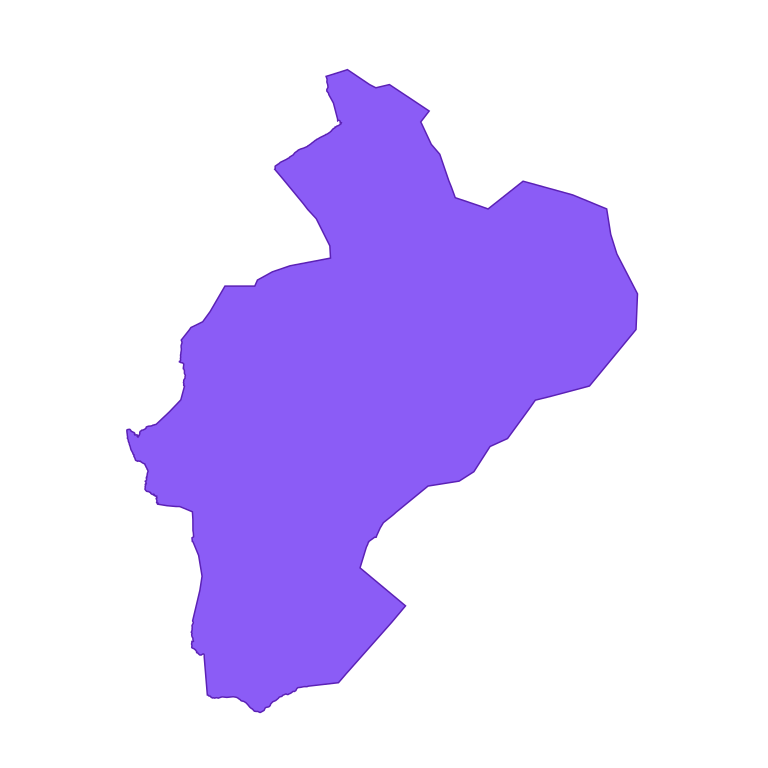 outline of Lom nor, Oppland, Norway, rotated 175°
{"feature_id": "86288312B15503490624265", "entity_name": "Lom nor", "entity_type": "district", "adm_level": 2, "iso_a3": "NOR", "parent_name": "Norway", "parent_adm1": "Oppland", "projection": "albers", "projection_center": [8.842, 61.714], "detail": "fine", "context": "isolated", "style": "filled", "palette": "violet", "viewbox_px": 768, "rotation_deg": 175, "n_neighbors": 0, "source": "geoboundaries", "source_scale": "gbopen_adm2", "svg_char_len": 6055}
<svg xmlns="http://www.w3.org/2000/svg" viewBox="0 0 768 768"><g transform="rotate(175 384 384)"><path d="M128.2,416.3L123.6,451.7L140.7,493.3L145.1,513.3L146.9,539.0L179.5,555.9L227.8,573.9L265.1,549.3L273.5,553.2L296.8,563.4L299.7,574.3L301.7,580.8L308.4,608.0L316.0,618.6L324.0,640.5L324.6,641.8L315.2,652.0L352.5,681.8L366.3,679.8L372.2,683.5L393.1,700.4L394.0,700.1L414.9,695.5L414.2,692.8L414.2,692.2L414.6,689.8L414.0,687.1L413.9,684.4L415.0,682.8L415.3,682.3L415.4,681.1L415.4,680.7L414.0,678.7L413.8,677.4L413.7,676.9L409.9,668.3L407.1,651.7L407.2,651.2L407.2,650.3L406.6,650.7L405.3,650.3L404.8,649.4L404.6,648.5L404.8,648.2L404.3,648.2L403.7,648.0L404.3,646.8L406.7,645.5L408.8,644.9L409.9,644.0L410.2,644.2L410.3,643.8L411.4,643.1L412.4,642.8L412.6,642.3L414.1,641.2L414.4,640.6L415.4,640.0L416.2,639.3L417.4,638.8L417.7,638.5L419.7,637.6L420.3,637.6L420.4,637.4L420.7,637.2L426.2,635.1L428.6,633.9L429.7,633.6L430.6,632.9L431.4,632.6L433.2,631.3L434.5,630.6L435.7,629.7L438.4,628.1L438.9,628.0L439.7,627.3L443.6,626.0L446.5,625.4L449.1,624.5L449.7,623.9L452.6,622.2L454.6,620.1L458.2,618.3L458.9,617.5L460.1,617.1L461.8,616.2L467.9,613.9L469.7,612.5L470.3,612.3L473.4,610.5L473.6,609.6L473.5,608.7L473.6,608.0L474.2,607.5L468.1,598.9L448.7,570.7L444.7,564.4L437.1,554.6L425.9,526.3L426.3,514.1L467.1,510.0L485.4,505.5L501.0,498.6L504.2,492.8L533.9,495.4L550.9,471.3L559.2,461.8L571.4,457.1L573.4,454.7L582.2,445.4L581.6,443.5L581.7,442.5L582.8,439.9L582.9,437.8L582.8,436.8L583.0,435.2L583.6,433.0L583.8,431.5L584.1,430.9L584.2,430.4L584.2,428.3L584.5,427.6L584.6,427.2L584.5,426.6L584.6,425.2L584.7,424.8L585.8,424.4L585.9,423.9L584.3,422.9L582.9,422.7L581.7,421.3L582.0,420.0L582.0,419.6L582.3,418.6L582.2,418.2L582.5,417.8L582.4,417.4L582.6,416.8L582.3,416.7L582.0,415.9L581.6,414.5L581.8,413.4L581.8,413.1L581.9,412.2L581.8,411.6L581.1,410.0L581.6,408.5L581.7,407.1L582.7,406.0L583.2,405.2L583.3,403.9L583.7,402.8L583.3,401.6L583.3,401.3L583.6,400.9L583.7,400.4L583.6,399.9L582.9,399.3L587.8,385.9L600.3,374.9L614.6,363.6L615.9,363.5L616.9,363.1L617.5,363.3L618.2,362.9L619.5,362.5L622.3,362.5L624.0,362.1L624.7,361.7L624.8,361.4L624.9,360.8L625.6,360.2L627.9,359.2L629.4,359.1L630.0,358.5L630.8,358.2L631.5,357.3L631.6,355.8L632.0,354.8L632.5,353.9L633.3,353.2L633.5,352.6L633.8,352.6L633.9,352.9L634.3,353.2L634.1,353.5L634.1,353.2L634.1,353.8L633.9,354.0L633.9,354.4L634.8,354.7L635.2,355.0L636.4,354.9L636.8,355.1L637.0,355.9L636.6,356.2L636.6,356.6L637.3,357.5L638.4,358.0L638.8,358.4L639.9,358.8L640.2,359.8L640.7,360.3L640.9,360.8L641.7,361.1L643.7,360.9L644.1,360.6L644.3,359.6L644.2,358.7L644.3,357.5L644.1,357.0L644.2,355.6L644.0,353.2L644.4,352.6L644.4,352.4L643.8,351.2L643.7,350.6L643.7,349.8L643.6,348.8L643.3,348.0L643.0,347.4L643.0,346.3L642.7,345.1L642.3,343.7L642.0,341.5L641.5,339.8L641.1,339.2L640.9,338.4L640.4,337.7L640.1,336.0L639.2,335.1L639.2,334.9L639.5,334.2L639.5,333.9L638.4,331.2L638.4,330.7L638.3,330.1L637.9,329.5L637.0,329.1L636.5,328.6L636.2,328.8L635.5,328.6L635.0,328.7L634.2,328.3L633.3,328.3L632.8,327.5L630.9,326.1L629.3,325.2L629.2,325.1L629.2,324.4L628.9,324.0L628.1,321.7L627.4,320.3L627.4,319.6L626.9,319.1L626.9,318.7L626.7,317.9L626.7,317.3L627.1,316.7L627.6,315.4L627.6,315.0L627.8,314.8L627.7,314.4L628.1,313.3L628.2,312.7L628.5,312.4L628.4,311.9L628.5,311.5L628.8,311.6L629.0,311.2L628.9,310.3L628.9,309.0L630.3,307.7L630.2,307.3L630.2,307.6L629.8,307.4L629.6,307.1L629.8,306.3L629.5,305.4L629.9,305.0L629.9,305.4L630.1,305.4L630.6,304.9L630.5,304.3L630.4,303.7L630.8,303.0L630.8,302.5L630.9,302.4L630.8,301.8L630.9,301.7L630.9,301.4L631.3,300.1L631.2,299.8L630.6,298.7L629.8,297.8L629.0,297.5L628.2,297.5L626.9,296.6L626.1,296.3L625.9,296.0L626.0,295.5L625.2,294.7L624.2,294.1L623.3,294.0L623.0,293.3L622.6,293.0L622.3,292.9L622.3,293.2L622.3,293.3L621.6,292.2L621.4,292.2L621.4,292.4L621.2,292.2L620.2,292.1L620.3,291.5L620.3,291.2L620.3,290.6L620.1,290.3L620.8,290.0L620.7,289.8L620.9,289.5L620.4,287.9L620.4,287.1L620.5,286.7L620.9,286.0L620.8,285.5L620.6,285.2L619.7,285.2L619.5,284.9L619.9,284.0L610.9,281.7L602.0,280.1L598.1,279.7L586.0,273.4L586.2,265.5L587.1,254.6L586.9,252.3L587.0,248.4L588.7,247.5L588.7,244.0L588.4,244.0L587.7,242.4L583.6,229.3L582.0,208.4L585.4,194.5L595.3,164.7L595.2,164.2L594.9,163.7L594.7,162.8L595.3,161.7L595.7,161.3L596.4,159.8L596.2,158.6L596.5,157.3L596.4,156.9L596.6,156.4L596.5,155.9L596.9,155.1L596.9,154.6L597.1,154.3L597.6,153.7L597.6,153.3L596.9,152.4L597.4,151.4L597.4,149.8L597.1,148.7L596.6,147.6L596.5,147.2L596.6,146.6L596.6,146.0L596.5,145.3L596.2,144.4L596.6,144.1L597.8,144.3L597.9,143.8L597.9,143.3L598.3,142.1L598.4,141.6L598.1,140.6L598.2,139.7L598.5,138.4L598.4,138.1L598.1,137.8L595.9,136.5L595.4,135.8L595.0,135.6L594.8,135.3L594.6,134.7L593.8,133.7L594.1,132.9L594.0,132.7L592.7,132.0L592.5,131.6L591.3,130.2L589.8,129.9L588.3,130.7L587.7,130.8L587.1,130.7L586.8,130.2L586.7,129.1L586.9,127.9L587.1,89.6L586.4,89.4L585.8,88.6L584.1,88.0L583.5,86.9L582.0,86.1L581.3,86.3L579.9,85.8L579.0,86.1L577.9,86.1L576.5,85.5L573.3,86.3L572.3,86.4L567.9,85.5L561.5,85.6L559.1,85.0L557.8,84.5L556.6,83.6L555.8,82.8L554.9,82.2L554.1,81.1L553.7,80.8L551.3,80.0L549.3,78.5L547.7,76.5L545.8,73.7L544.3,72.2L543.5,71.8L541.7,69.4L539.8,68.9L538.2,68.8L536.5,67.7L535.7,67.6L532.1,69.2L531.7,69.6L530.7,71.5L529.7,72.1L527.0,72.4L526.3,72.8L525.6,73.4L525.1,74.2L524.8,75.1L522.6,77.1L519.5,78.1L516.5,80.2L515.9,81.0L515.0,81.4L513.0,81.7L512.0,82.7L508.7,83.8L507.5,83.1L506.7,83.0L505.8,83.5L504.7,83.8L503.3,84.4L501.6,85.6L501.0,85.7L500.0,85.5L498.5,86.3L497.8,87.6L497.1,88.4L496.3,89.0L493.3,89.1L490.0,89.5L487.1,89.2L485.7,89.6L455.4,90.4L446.9,98.7L397.1,145.9L381.9,161.1L423.9,202.9L415.8,223.0L414.2,225.7L413.3,227.9L413.0,227.9L412.6,228.6L406.8,232.1L405.2,232.0L404.9,232.4L404.8,233.0L403.9,234.6L400.3,241.0L396.7,245.9L385.9,253.1L383.3,255.1L349.0,278.5L317.6,280.7L302.1,288.8L283.8,312.5L265.7,318.9L241.0,347.2L234.7,354.7L218.3,357.3L179.5,364.1L128.2,416.3Z" fill="#8b5cf6" stroke="#5b21b6" stroke-width="1.5"/></g></svg>